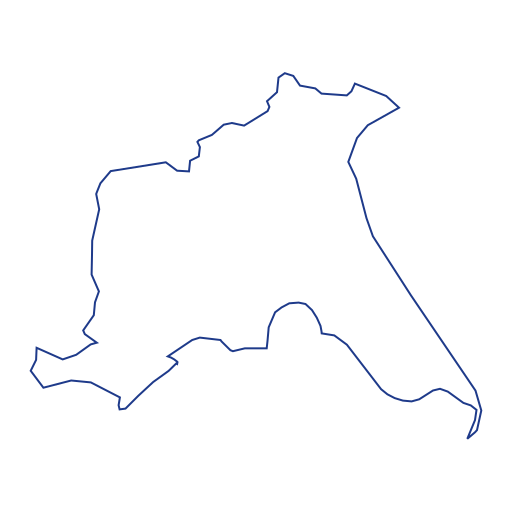 the Unitary Authority of East Riding of Yorkshire
{"feature_id": "GBR-2124", "entity_name": "East Riding of Yorkshire", "entity_type": "Unitary Authority", "adm_level": 1, "iso_a3": "GBR", "parent_name": "United Kingdom", "parent_adm1": "", "projection": "orthographic", "projection_center": [-0.492, 53.866], "detail": "fine", "context": "isolated", "style": "outline", "palette": "blue", "viewbox_px": 512, "rotation_deg": 0, "n_neighbors": 0, "source": "natural_earth", "source_scale": "10m", "svg_char_len": 1449}
<svg xmlns="http://www.w3.org/2000/svg" viewBox="0 0 512 512"><path d="M354.9,83.6L386.2,96.0L399.0,107.7L367.8,125.2L357.0,138.0L348.3,161.9L356.2,178.7L366.5,218.2L372.9,236.3L410.9,295.3L475.5,390.6L481.3,410.5L477.0,430.1L475.0,432.3L467.3,438.8L475.0,420.1L476.5,409.9L470.8,405.4L463.4,402.9L447.8,391.6L440.0,388.8L433.0,390.5L419.2,399.3L411.6,401.4L402.9,400.6L394.7,398.1L387.4,394.3L381.1,389.2L346.9,344.7L334.3,335.4L321.7,333.4L321.5,331.3L320.5,325.9L316.8,317.7L312.0,310.1L305.5,304.0L298.6,302.6L289.3,303.3L281.6,307.4L275.1,312.3L268.7,327.3L267.5,341.0L266.7,348.3L245.0,348.3L232.9,351.2L230.4,350.2L221.5,341.4L220.5,340.0L199.8,337.6L192.2,340.0L167.8,356.4L171.1,357.6L174.2,359.4L177.2,361.7L177.5,362.1L177.1,364.0L176.2,363.5L168.6,370.9L153.2,382.0L138.4,395.7L125.5,408.6L119.6,409.4L118.6,405.2L119.9,397.4L90.8,382.4L71.2,380.5L43.4,387.7L30.7,370.8L36.1,359.9L36.6,347.8L62.7,359.4L76.2,354.8L90.7,344.4L96.8,342.7L84.8,334.1L83.2,330.4L93.8,315.2L95.0,302.3L98.9,291.4L91.6,274.6L92.0,255.0L92.2,240.6L99.2,209.3L96.2,194.0L96.8,192.3L100.4,183.3L110.7,171.1L165.8,162.3L177.1,170.7L189.0,171.4L190.1,160.7L198.8,156.4L199.9,147.1L197.4,141.9L198.8,140.3L211.9,134.9L223.7,124.7L231.8,123.0L244.1,125.6L267.6,111.1L269.4,106.9L267.0,101.2L277.0,92.2L278.5,77.6L284.8,73.2L293.3,75.9L300.0,85.6L315.3,88.4L321.5,93.6L346.8,95.4L351.4,91.3L354.7,84.1L354.9,83.6Z" fill="none" stroke="#1e3a8a" stroke-width="2"/></svg>